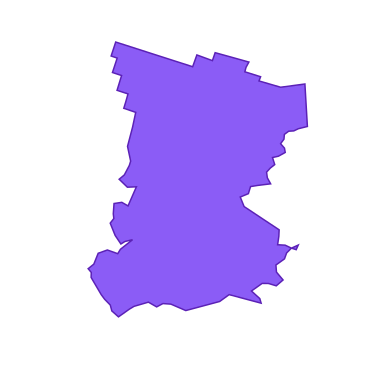 Faxinal do Soturno, Rio Grande do Sul, Brazil (Robinson projection), rotated 287°
{"feature_id": "56859067B83902745651897", "entity_name": "Faxinal do Soturno", "entity_type": "district", "adm_level": 2, "iso_a3": "BRA", "parent_name": "Brazil", "parent_adm1": "Rio Grande do Sul", "projection": "robinson", "projection_center": [-53.471, -29.558], "detail": "fine", "context": "isolated", "style": "filled", "palette": "violet", "viewbox_px": 384, "rotation_deg": 287, "n_neighbors": 0, "source": "geoboundaries", "source_scale": "gbopen_adm2", "svg_char_len": 1407}
<svg xmlns="http://www.w3.org/2000/svg" viewBox="0 0 384 384"><g transform="rotate(287 192 192)"><path d="M313.1,75.2L298.4,74.9L298.2,81.3L283.0,81.0L282.8,90.6L267.3,90.6L267.1,102.1L258.7,102.3L252.1,102.3L251.7,114.9L236.7,116.2L216.8,117.0L203.6,124.3L199.1,124.3L188.6,122.3L182.9,118.6L177.7,128.8L180.7,137.3L160.0,134.9L161.6,127.9L158.2,120.8L148.1,123.1L143.8,125.0L138.3,122.9L128.0,131.2L121.5,139.2L125.1,142.4L129.0,149.1L116.3,140.3L111.3,139.0L111.8,128.0L106.0,120.2L94.3,119.2L88.3,115.1L85.6,119.2L80.8,120.5L77.3,124.3L67.3,135.2L63.9,139.8L60.0,146.9L54.8,150.1L51.1,158.2L61.7,166.4L65.7,170.0L73.9,182.5L71.8,191.8L76.8,196.8L78.6,204.6L76.8,220.7L95.4,250.5L104.7,257.5L105.9,290.6L109.9,288.0L114.7,277.8L125.1,285.8L126.9,292.0L126.9,300.0L134.5,304.8L140.1,296.2L146.7,293.6L155.1,300.0L161.4,300.3L167.4,303.5L168.4,296.6L166.6,289.3L175.0,288.0L181.3,286.4L193.3,246.1L201.3,239.6L206.9,246.4L214.3,246.4L217.5,252.9L222.8,264.8L227.6,259.9L232.8,257.5L237.8,259.9L242.4,263.1L248.5,258.9L251.5,264.2L257.1,269.6L261.0,267.6L264.1,262.6L269.4,264.5L274.1,263.5L278.4,266.7L280.2,271.5L283.6,275.2L288.4,283.2L328.3,268.4L318.1,246.1L317.8,223.6L322.3,223.9L322.4,207.4L326.9,207.2L332.9,208.4L332.4,187.8L332.0,173.4L323.6,173.1L324.5,156.6L312.0,156.0L313.1,75.2ZM167.4,303.5L167.3,308.5L172.3,309.1L167.4,303.5Z" fill="#8b5cf6" stroke="#5b21b6" stroke-width="1.5"/></g></svg>